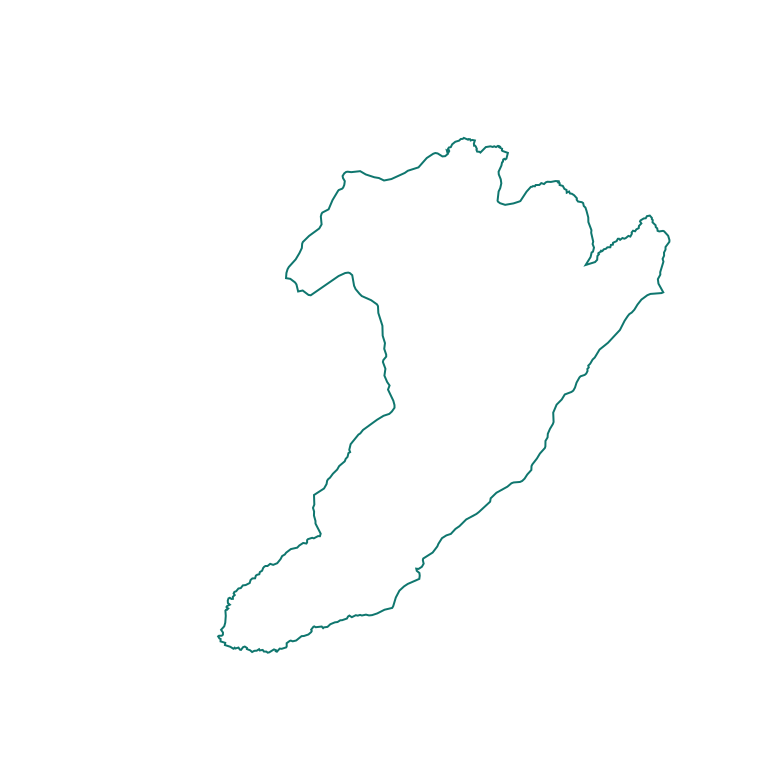 the district of Jambaló, Cauca, Colombia, rotated 221°
{"feature_id": "7082276B84035448775523", "entity_name": "Jambaló", "entity_type": "district", "adm_level": 2, "iso_a3": "COL", "parent_name": "Colombia", "parent_adm1": "Cauca", "projection": "natural_earth1", "projection_center": [-76.314, 2.87], "detail": "fine", "context": "isolated", "style": "outline", "palette": "teal", "viewbox_px": 768, "rotation_deg": 221, "n_neighbors": 0, "source": "geoboundaries", "source_scale": "gbopen_adm2", "svg_char_len": 6138}
<svg xmlns="http://www.w3.org/2000/svg" viewBox="0 0 768 768"><g transform="rotate(221 384 384)"><path d="M233.4,636.4L242.7,639.8L246.1,642.8L247.2,647.8L248.9,649.6L253.4,659.7L255.8,661.2L256.8,664.6L258.9,666.9L259.7,670.1L261.4,672.1L261.9,678.5L263.0,679.9L266.8,682.3L272.8,683.0L273.9,682.6L276.4,679.7L278.0,679.1L279.9,680.7L281.8,680.7L283.2,682.0L287.4,682.2L288.7,684.0L290.1,684.2L290.8,685.1L293.9,685.5L295.7,683.1L295.2,680.8L296.6,679.3L297.7,675.8L297.5,674.7L295.1,674.0L295.3,670.6L294.0,668.7L295.0,666.3L294.7,664.0L296.6,663.1L296.5,660.8L295.5,660.0L294.8,656.9L296.7,656.1L297.3,652.6L298.0,651.3L299.8,650.6L300.4,647.7L302.0,647.8L302.8,647.0L302.2,644.4L303.8,640.9L302.7,639.3L304.0,637.8L302.9,635.7L305.1,633.7L305.2,631.7L306.5,629.8L306.4,627.7L306.8,626.8L307.6,626.9L307.5,624.9L308.1,623.7L307.8,623.0L306.9,622.8L306.9,620.6L304.6,617.6L304.7,614.5L309.9,606.1L311.4,615.4L313.6,619.5L313.1,621.0L315.0,624.7L318.4,626.5L319.5,628.7L326.8,634.0L328.4,636.2L336.0,640.3L339.1,643.7L344.7,647.5L347.7,649.3L350.0,649.4L352.4,651.2L354.0,651.0L357.3,649.0L359.5,649.5L360.3,650.7L364.4,651.2L367.1,650.8L368.6,649.8L370.6,650.7L371.6,648.3L373.6,650.2L375.8,649.6L379.0,650.8L382.0,649.4L383.2,650.8L384.5,650.4L384.4,651.2L385.1,651.7L387.7,649.7L390.6,646.0L393.4,643.8L394.2,642.3L394.4,639.9L397.1,638.8L397.3,636.2L400.1,633.6L399.8,632.2L401.4,631.1L401.6,630.1L402.5,629.1L402.6,622.7L401.1,611.5L401.9,610.0L404.8,605.2L410.1,598.7L415.0,596.6L417.7,596.4L418.6,596.9L423.8,604.5L424.8,608.1L427.1,612.4L430.2,615.1L434.9,617.5L436.8,619.4L438.7,625.9L440.3,628.7L440.1,629.8L441.3,631.6L440.9,632.9L439.8,633.0L439.5,634.4L442.1,639.7L447.5,637.6L448.2,637.6L449.2,639.0L452.2,638.3L452.2,639.2L453.0,639.1L454.2,638.5L454.9,636.3L456.8,635.7L457.4,634.3L459.6,633.2L462.6,629.6L463.1,621.9L464.2,621.9L466.2,620.5L467.9,621.4L468.1,622.3L470.7,623.5L471.9,623.6L472.4,623.0L473.9,624.4L475.2,627.4L477.5,626.1L478.4,624.6L479.6,625.2L481.0,624.2L480.9,623.5L485.2,622.1L485.4,620.7L486.8,619.2L487.0,616.9L489.1,613.6L489.8,609.6L489.0,606.6L490.2,605.0L489.8,602.8L488.6,603.1L487.6,602.6L487.3,601.2L489.2,601.1L486.8,599.5L487.3,596.1L489.2,594.1L494.8,593.2L496.8,592.0L497.9,590.1L500.0,582.6L500.1,570.1L505.9,560.6L506.8,556.9L512.9,543.5L517.5,537.6L523.0,536.1L526.9,533.7L535.2,530.2L541.6,529.0L547.7,522.4L550.7,520.4L551.7,519.2L552.2,516.9L551.7,513.8L550.0,512.5L546.7,511.4L544.6,508.2L543.7,505.5L543.7,504.0L545.4,500.7L545.4,499.7L543.5,489.0L540.4,479.5L543.0,472.9L542.8,471.5L541.6,469.0L535.8,463.5L534.9,458.9L537.7,446.6L538.4,437.9L537.8,436.2L535.2,432.7L533.7,427.3L532.4,420.1L532.6,409.9L532.1,407.4L530.5,403.8L527.4,399.6L523.7,401.9L517.7,402.3L515.4,401.7L509.5,397.5L506.7,401.2L499.4,401.7L497.5,402.9L489.1,435.7L486.1,442.3L484.1,444.6L482.6,445.3L479.4,445.3L471.0,438.5L467.7,437.0L461.6,436.0L458.4,435.8L448.7,438.8L441.5,439.5L439.6,438.8L434.9,433.9L423.4,426.9L416.7,419.6L410.1,415.5L406.9,410.7L401.6,407.6L400.3,406.1L400.2,401.7L399.3,399.9L392.9,396.4L389.2,390.6L383.0,387.6L378.8,386.5L377.3,382.4L366.0,377.5L362.3,375.0L360.5,373.0L360.0,368.3L360.4,364.9L363.5,359.7L365.8,352.4L369.7,335.5L369.5,331.1L370.1,329.1L369.7,316.7L367.0,311.5L364.9,310.4L365.5,308.5L363.7,305.1L363.8,302.4L362.9,299.9L364.0,292.6L363.2,288.7L363.7,282.8L363.3,277.8L363.7,275.6L363.5,273.8L361.7,270.8L360.7,265.8L364.0,254.3L357.5,247.3L356.3,243.9L353.1,241.9L350.6,238.8L345.9,235.7L344.1,233.7L333.6,229.5L332.5,227.1L334.0,225.9L335.7,221.5L337.3,220.8L339.6,217.0L339.6,215.7L338.1,214.0L337.9,212.7L340.7,211.0L342.0,206.5L342.1,203.6L346.0,198.3L347.2,192.5L347.0,190.3L348.0,187.3L347.2,184.1L347.0,178.7L349.0,174.8L351.9,173.6L352.5,170.2L354.1,168.8L354.5,167.5L354.5,165.9L353.5,163.1L354.3,160.6L353.3,158.6L354.6,156.8L355.0,155.3L353.8,152.8L355.8,150.9L356.1,148.5L354.8,145.7L356.5,141.5L358.4,139.4L358.2,136.0L359.7,134.2L359.6,130.6L360.5,129.0L360.1,127.3L358.2,126.8L358.5,124.3L357.1,122.7L358.1,121.7L360.1,121.5L360.7,120.2L359.8,118.0L358.1,116.3L355.6,116.3L356.7,113.6L356.6,112.4L356.0,112.0L354.3,112.4L354.3,110.7L355.1,109.7L355.0,108.9L351.3,105.2L347.2,99.7L345.6,96.3L345.7,91.6L342.5,90.8L341.1,89.1L341.3,87.6L343.4,85.7L343.6,84.7L341.3,84.0L340.1,84.4L338.5,82.5L334.0,84.5L332.8,82.6L327.7,84.8L324.0,85.4L323.7,87.0L322.7,86.8L320.9,89.6L318.5,89.0L317.5,89.5L317.7,93.0L316.8,94.5L314.3,94.9L313.6,94.0L310.3,95.2L307.7,95.2L306.8,97.6L305.1,99.2L304.3,101.9L303.0,101.4L301.1,103.7L299.1,103.3L297.2,104.9L295.6,104.9L294.6,106.1L292.9,111.5L290.9,112.2L290.4,111.3L289.2,111.7L289.1,115.9L287.5,117.0L285.0,121.1L285.4,122.3L287.4,124.5L286.6,128.2L286.0,129.2L284.1,129.9L282.0,132.8L280.8,139.6L279.1,141.3L276.7,145.4L276.2,149.0L276.5,150.2L277.8,150.8L278.0,154.5L277.6,155.3L276.0,155.6L271.9,160.1L269.8,159.8L269.7,160.9L267.3,163.6L266.9,167.5L264.7,171.9L262.9,173.9L262.0,177.0L260.7,178.2L258.1,182.7L258.6,184.9L258.2,186.5L255.3,186.9L253.6,191.0L251.8,192.0L250.6,194.0L248.8,194.8L246.3,198.1L243.5,199.5L241.4,201.7L238.6,206.4L235.5,214.0L230.9,220.4L231.3,222.4L235.0,230.6L236.8,238.2L236.1,244.4L234.9,248.7L229.5,260.1L231.3,262.8L233.3,264.6L236.7,264.5L238.5,265.8L236.6,267.1L235.5,270.9L236.2,274.4L239.2,276.6L239.9,278.0L236.7,288.7L237.2,296.4L238.1,299.1L239.1,305.7L237.6,310.7L235.2,314.7L235.0,321.5L233.8,326.2L233.1,335.7L229.0,346.5L228.4,349.5L226.7,364.8L228.5,367.7L227.8,375.7L223.5,387.5L222.7,392.7L221.6,394.7L217.1,399.3L216.1,401.5L215.8,404.8L216.5,409.7L216.4,415.8L218.8,418.8L219.3,420.6L219.7,428.1L220.7,433.8L220.6,441.2L221.2,442.7L224.8,447.0L225.5,451.0L227.7,453.9L229.3,459.0L230.3,464.6L231.1,466.6L237.5,473.4L240.2,481.7L239.7,488.9L240.7,494.7L237.3,501.0L236.8,503.2L237.5,506.6L239.6,511.4L240.8,517.2L240.7,518.8L238.5,522.5L238.2,524.5L238.9,527.3L240.4,528.8L240.3,530.8L241.9,531.9L241.7,534.6L242.6,539.3L242.3,542.2L243.9,551.4L242.0,562.0L241.4,579.6L243.9,589.6L244.6,595.1L244.7,597.7L243.9,600.5L243.8,604.3L244.8,610.3L245.1,616.6L243.5,623.8L242.0,626.8L234.2,634.7L233.4,636.4Z" fill="none" stroke="#0f766e" stroke-width="2"/></g></svg>